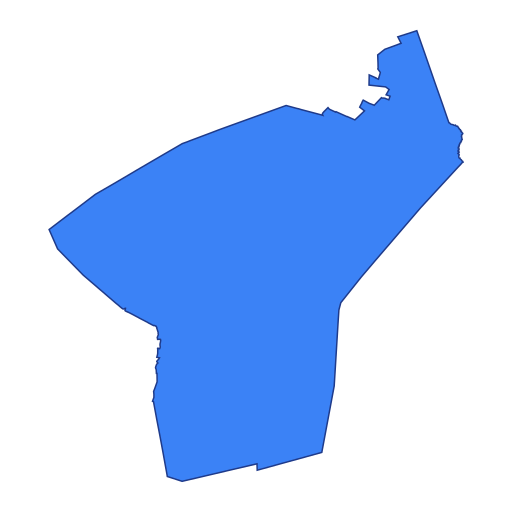 Cranendonck, Noord-Brabant, Netherlands (Natural Earth projection)
{"feature_id": "6326949B25939661204192", "entity_name": "Cranendonck", "entity_type": "district", "adm_level": 2, "iso_a3": "NLD", "parent_name": "Netherlands", "parent_adm1": "Noord-Brabant", "projection": "natural_earth1", "projection_center": [5.605, 51.287], "detail": "fine", "context": "isolated", "style": "filled", "palette": "blue", "viewbox_px": 512, "rotation_deg": 0, "n_neighbors": 0, "source": "geoboundaries", "source_scale": "gbopen_adm2", "svg_char_len": 5157}
<svg xmlns="http://www.w3.org/2000/svg" viewBox="0 0 512 512"><path d="M416.8,30.7L397.8,36.8L401.1,43.3L384.8,49.3L382.0,51.5L380.4,52.8L377.7,54.9L378.0,62.7L378.1,68.1L377.8,68.9L378.7,70.2L380.3,72.4L380.2,73.0L379.7,74.8L378.9,77.4L378.4,79.2L375.7,78.0L375.8,77.8L369.2,74.9L369.0,85.1L385.6,86.9L389.1,89.5L388.8,90.0L386.1,94.8L390.1,96.2L388.8,99.8L386.7,99.0L386.1,98.8L385.3,98.4L384.8,98.2L384.4,98.2L384.0,98.1L383.4,98.1L382.6,98.1L382.3,98.1L382.0,98.0L381.8,97.9L381.6,97.9L381.4,97.7L374.2,105.3L373.5,104.9L372.9,104.7L369.1,103.3L367.1,102.2L363.2,100.1L362.5,101.3L362.1,102.1L361.6,103.5L361.3,104.0L360.8,104.9L360.2,106.1L359.7,107.2L364.5,110.9L354.9,119.9L347.1,116.5L346.9,116.6L336.0,111.7L335.6,112.1L330.4,109.7L329.6,109.3L329.2,109.0L328.0,107.6L323.6,112.0L323.5,112.3L322.7,113.1L322.6,113.3L322.5,113.6L322.4,113.9L322.4,114.3L322.4,114.6L322.5,114.9L322.7,115.1L322.8,115.3L322.5,115.2L300.9,109.5L298.7,108.8L297.2,108.5L286.1,105.5L224.1,127.9L218.1,130.1L210.0,133.2L190.3,140.6L187.3,141.8L182.3,143.6L181.6,144.0L180.6,144.6L176.3,147.1L163.2,154.7L137.0,170.0L131.1,173.5L111.5,185.0L95.4,194.3L74.8,210.0L67.6,215.4L60.5,220.8L54.5,225.4L49.1,229.5L49.3,230.0L57.6,248.9L83.2,275.1L116.1,303.4L118.0,304.9L118.9,305.7L119.0,305.7L119.9,306.6L121.3,307.7L121.4,307.9L122.0,308.3L123.0,309.0L123.3,309.0L124.0,308.9L124.4,308.7L124.8,308.4L125.1,308.3L125.5,308.3L125.5,308.5L125.0,310.5L125.3,310.9L127.5,312.0L127.6,311.9L132.7,314.5L136.8,316.7L138.2,317.4L139.5,318.2L140.0,318.4L140.3,318.6L144.6,320.8L145.8,321.5L146.3,321.7L146.5,321.8L146.9,322.0L147.1,322.1L148.0,322.6L148.2,322.8L148.4,322.9L149.3,323.4L149.9,323.6L150.0,323.7L150.1,323.8L150.3,323.9L150.7,324.1L150.9,324.2L151.5,324.5L152.0,324.8L152.6,325.1L153.1,325.3L153.5,325.6L153.8,325.5L154.1,325.4L154.6,325.7L154.9,325.7L155.3,325.8L155.6,326.1L155.9,326.2L156.1,326.2L156.2,326.4L156.3,326.6L156.3,326.8L156.5,327.0L156.8,327.4L156.8,327.9L156.8,328.3L156.9,328.6L157.0,328.8L157.1,329.0L157.7,331.0L157.8,331.3L158.0,331.9L158.2,332.5L158.1,333.2L158.1,333.5L158.2,333.8L158.3,334.3L158.3,334.5L158.2,335.1L158.1,335.3L157.7,336.2L157.5,336.6L157.5,337.1L157.2,337.7L157.4,338.2L157.5,338.4L157.5,338.8L157.6,339.4L159.5,339.3L160.2,339.3L160.5,339.4L160.6,339.9L160.7,340.4L160.6,340.7L160.6,341.0L160.5,341.8L160.3,342.7L160.1,343.6L160.0,344.5L160.0,345.2L160.1,345.8L160.2,346.3L160.2,347.2L160.1,347.7L159.6,348.7L159.4,348.7L159.2,348.7L158.4,348.3L158.2,348.2L157.8,348.2L157.7,348.2L157.6,348.3L157.6,348.6L157.6,348.8L157.7,349.3L157.8,349.9L157.8,350.3L157.7,350.6L157.7,351.5L157.7,352.0L157.7,353.0L157.7,353.4L157.6,353.8L157.5,354.6L157.2,355.7L156.8,357.3L159.5,357.8L159.0,358.7L158.3,359.6L157.9,360.0L157.4,360.5L156.8,361.3L156.8,361.6L157.0,362.0L157.9,363.0L156.8,364.1L156.4,364.8L155.7,366.9L155.5,367.8L156.2,369.7L156.4,373.4L157.0,373.4L157.1,379.8L157.1,381.9L154.5,389.2L153.6,391.4L153.9,394.1L153.9,397.4L152.5,401.3L153.5,401.7L156.7,419.1L159.7,434.7L162.6,450.3L167.0,474.6L167.3,476.5L182.1,481.3L197.2,477.8L227.4,470.7L257.0,463.8L257.2,470.2L321.8,452.4L334.2,386.0L338.1,322.1L338.9,310.0L340.8,302.7L361.2,277.1L376.1,259.6L420.5,207.9L458.0,167.2L460.7,164.4L462.7,162.1L462.9,162.1L462.8,161.9L462.9,161.7L462.8,161.4L462.7,161.3L462.4,161.3L462.0,160.9L461.3,159.8L460.6,159.3L459.9,158.5L459.9,158.3L459.9,158.2L459.5,158.3L459.4,158.3L459.3,158.2L458.8,157.3L458.8,157.1L458.8,156.7L458.7,156.3L458.7,156.1L458.7,155.9L459.2,154.9L459.2,154.7L458.7,154.1L458.5,153.9L458.0,153.6L457.9,153.4L458.9,152.8L459.0,152.7L458.6,152.4L458.5,152.2L459.0,151.3L459.0,151.2L458.9,151.0L458.6,150.9L458.1,151.0L458.1,150.6L458.1,150.3L458.1,150.2L458.4,149.9L458.7,149.7L459.0,149.4L459.1,149.2L458.9,149.0L458.9,148.9L458.9,148.5L458.9,148.2L458.7,147.9L458.2,147.9L458.3,147.3L458.4,147.1L458.5,147.1L458.8,146.9L458.9,146.7L458.7,146.5L458.6,146.3L458.6,146.2L459.0,145.8L459.3,145.7L459.3,145.4L459.2,145.1L459.2,144.8L459.3,144.5L459.7,144.3L459.7,144.2L459.6,143.9L459.7,143.6L459.8,143.4L459.9,143.2L460.6,142.8L460.8,142.6L460.8,142.4L460.6,142.2L461.0,141.6L461.4,141.2L461.5,141.0L461.5,140.9L461.5,140.7L461.4,140.6L461.3,140.4L461.3,140.2L462.2,139.6L462.1,139.0L461.6,137.8L461.6,137.7L461.8,137.3L461.8,137.2L461.5,136.5L461.4,136.4L461.7,135.8L461.7,135.7L461.6,135.3L461.5,135.0L461.5,134.9L461.8,134.7L462.0,134.6L462.2,134.4L462.4,134.1L462.5,134.0L462.7,133.8L462.8,133.4L462.7,133.2L461.8,132.4L461.5,132.1L461.4,132.0L461.5,131.9L461.5,131.4L461.5,131.2L461.4,131.1L460.7,131.0L460.6,130.9L460.4,129.8L460.4,129.7L459.6,129.3L459.4,129.2L459.3,128.7L459.2,128.5L458.9,128.3L458.6,128.0L458.5,127.8L458.5,127.5L458.4,127.3L458.3,127.2L458.2,127.1L457.7,126.7L457.6,126.4L457.4,126.3L457.4,126.2L457.0,126.2L456.3,126.2L456.1,126.1L456.0,125.8L455.9,125.6L455.7,125.4L455.5,125.1L455.4,125.1L455.2,125.1L454.9,125.3L454.6,125.4L453.8,125.2L453.6,125.1L453.3,124.8L453.1,124.7L452.7,124.6L451.1,124.3L450.6,124.0L450.4,123.8L450.0,123.5L449.6,122.9L449.0,122.7L448.9,122.7L447.5,118.7L442.7,104.7L435.0,82.9L424.8,53.5L416.8,30.7Z" fill="#3b82f6" stroke="#1e3a8a" stroke-width="1.5"/></svg>